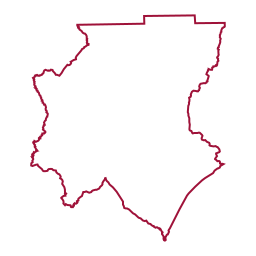 outline of Sissala East, Upper West, Ghana
{"feature_id": "2480657B88326891244380", "entity_name": "Sissala East", "entity_type": "district", "adm_level": 2, "iso_a3": "GHA", "parent_name": "Ghana", "parent_adm1": "Upper West", "projection": "albers", "projection_center": [-1.879, 10.607], "detail": "fine", "context": "isolated", "style": "outline", "palette": "rose", "viewbox_px": 256, "rotation_deg": 0, "n_neighbors": 0, "source": "geoboundaries", "source_scale": "gbopen_adm2", "svg_char_len": 5648}
<svg xmlns="http://www.w3.org/2000/svg" viewBox="0 0 256 256"><path d="M164.9,240.6L165.7,240.0L165.7,239.7L165.5,238.6L165.1,238.4L165.3,238.0L165.3,237.5L164.9,237.3L165.0,237.1L165.9,236.7L166.5,235.3L167.2,234.5L167.8,234.4L169.0,231.8L168.5,230.6L168.9,229.8L169.9,228.3L179.5,209.3L187.0,195.6L188.7,193.4L195.2,186.7L202.1,180.3L205.2,178.0L213.1,173.1L214.6,170.6L217.6,168.4L218.2,168.4L219.8,167.5L220.2,166.1L223.5,164.1L222.6,163.8L220.3,163.8L220.0,163.5L219.9,161.8L219.5,161.2L219.0,161.0L217.4,161.2L216.1,159.8L215.1,159.2L215.1,158.7L217.0,156.1L216.1,154.1L216.1,153.4L219.3,152.1L219.8,151.4L219.3,149.3L217.6,147.1L216.5,146.8L215.7,146.1L213.6,146.4L210.2,145.8L209.5,145.3L209.7,144.0L209.2,142.8L206.9,141.8L205.3,140.1L203.8,140.3L201.9,139.6L201.6,138.2L202.5,135.8L202.0,134.9L199.8,132.8L198.9,132.6L197.5,133.0L194.1,133.0L192.8,133.4L192.2,132.9L191.4,131.0L190.2,130.6L189.7,130.2L189.4,129.2L189.8,124.6L189.3,122.1L189.3,118.2L188.4,115.6L188.4,113.8L187.8,112.2L188.3,105.8L188.9,104.5L189.1,103.1L188.9,102.4L189.3,101.6L189.5,99.8L189.1,97.7L190.7,96.7L191.0,95.5L190.8,94.4L191.9,91.8L193.4,90.7L196.0,91.0L197.1,91.4L198.1,91.3L198.4,90.5L199.1,90.2L199.4,88.8L199.9,87.9L199.2,86.7L199.5,85.3L200.5,83.8L204.0,83.1L205.2,83.3L206.6,82.5L206.7,81.5L207.5,81.3L207.4,80.5L208.7,76.3L208.6,75.8L206.4,74.2L207.0,72.5L208.1,70.7L207.9,70.2L208.6,69.3L208.6,69.0L210.1,69.7L212.0,69.8L212.3,68.8L212.2,67.6L213.5,66.9L213.4,66.4L215.1,66.2L215.9,65.8L215.9,65.1L216.2,64.9L216.7,64.9L216.9,65.3L217.1,65.0L217.5,61.7L218.4,60.8L218.0,59.8L218.1,58.7L217.3,58.1L217.1,57.3L217.9,56.5L218.7,54.8L218.5,54.2L218.3,50.6L218.8,49.7L217.7,48.8L218.0,47.6L218.8,47.1L218.7,46.4L219.9,43.4L220.3,41.9L220.1,40.7L220.7,38.7L219.8,37.3L220.0,35.9L219.8,35.1L220.5,33.9L220.8,32.2L221.4,31.8L221.3,30.4L222.2,28.2L223.1,27.8L223.4,27.3L224.4,27.0L224.8,26.3L224.7,22.9L195.2,23.2L194.7,15.4L144.1,16.0L144.3,23.7L77.3,24.8L77.3,25.7L77.9,26.3L78.0,27.1L78.5,27.1L78.2,27.7L79.1,28.1L78.9,28.6L79.5,29.2L79.6,29.6L81.6,31.0L82.7,32.7L84.1,33.5L84.8,33.5L86.0,34.7L86.7,36.2L86.7,38.0L87.2,38.7L86.8,39.1L87.1,39.9L86.7,40.2L87.2,41.3L86.8,42.3L87.3,43.0L87.1,43.5L88.6,44.0L88.5,44.9L87.2,45.2L85.3,46.7L84.3,47.0L83.8,48.2L81.9,49.2L81.5,50.2L76.6,56.0L75.8,57.5L76.0,59.3L73.7,60.0L70.7,61.8L71.1,62.3L71.1,63.1L70.5,64.2L69.5,65.0L68.3,65.2L67.4,64.8L63.8,69.2L61.6,73.0L59.4,75.7L57.0,74.8L55.8,74.8L54.9,73.2L52.7,70.9L52.7,70.2L52.3,69.9L50.8,69.7L50.2,70.5L49.5,70.7L48.8,70.4L48.1,70.8L45.5,69.8L44.4,70.4L43.9,71.2L43.5,73.0L43.2,73.5L42.6,73.6L41.8,74.8L41.5,74.7L40.5,75.4L39.8,75.3L39.3,75.8L38.6,75.8L37.1,74.9L36.7,75.2L36.1,75.1L35.4,75.4L35.6,75.6L35.3,75.6L34.9,76.7L33.0,77.9L33.8,79.2L34.1,78.8L34.3,79.3L33.8,80.0L34.1,80.6L33.9,80.8L34.2,81.3L34.4,81.0L34.3,81.6L34.6,81.8L34.2,82.7L34.5,83.0L34.6,83.6L34.2,84.2L34.5,85.3L34.8,85.5L35.0,86.2L35.4,86.3L35.3,86.7L35.8,87.2L35.7,87.7L36.3,88.4L35.7,88.4L36.5,89.1L36.3,89.3L36.7,90.6L37.6,90.9L37.6,91.5L37.9,91.5L38.1,92.2L38.8,92.6L39.5,95.1L40.4,95.6L40.5,96.8L41.2,97.4L41.1,98.6L42.0,99.8L41.8,100.6L42.5,100.6L42.6,102.5L43.0,102.4L43.3,102.9L44.1,104.7L44.9,104.5L45.4,105.4L46.0,107.3L45.6,108.8L45.7,109.5L45.9,110.3L46.5,110.6L46.8,111.4L46.4,112.3L47.7,113.5L47.8,114.0L47.3,116.5L47.0,116.5L45.9,118.8L45.8,120.2L44.9,120.9L44.0,122.6L44.7,124.7L44.1,124.7L43.8,125.0L43.4,126.3L43.6,126.4L42.9,127.6L43.4,128.7L43.4,129.2L43.0,129.5L43.2,129.9L45.3,131.5L45.4,132.2L44.8,133.0L44.0,133.1L43.8,133.7L42.3,133.5L42.0,134.8L42.1,135.1L41.7,135.2L41.8,135.5L41.5,135.6L41.1,136.4L40.4,136.8L40.4,137.5L40.0,137.2L39.8,137.8L39.3,137.7L38.9,138.0L38.9,138.5L39.5,139.1L38.3,140.7L35.9,141.8L34.5,141.0L34.3,142.2L33.6,141.8L33.2,142.2L33.2,142.8L34.1,143.6L34.1,144.2L35.0,145.0L34.7,145.6L34.7,146.3L35.3,146.6L34.9,147.2L35.8,148.4L35.9,149.0L36.8,149.8L36.9,150.1L36.6,150.3L37.1,150.7L36.4,150.8L36.6,151.2L34.9,152.1L34.2,153.0L33.7,152.5L33.5,153.1L32.2,154.3L32.1,154.9L33.1,155.1L32.9,155.7L33.3,155.8L32.8,156.8L32.4,156.9L32.7,157.1L32.3,157.6L33.1,158.3L33.2,159.3L32.3,160.8L32.7,162.1L31.3,163.3L31.2,165.5L32.5,166.0L36.0,164.7L37.5,164.5L38.2,166.0L41.9,169.1L42.8,170.6L43.4,171.1L45.0,171.2L47.2,170.9L47.6,170.7L48.0,169.7L48.8,169.1L50.8,168.9L52.0,169.0L53.4,170.2L55.9,170.5L56.4,172.4L58.0,173.8L59.3,174.3L60.3,175.7L60.7,176.7L60.1,178.3L61.5,179.1L62.2,179.9L62.8,181.3L62.2,183.9L64.3,187.1L64.9,189.4L65.0,192.4L66.2,193.7L66.0,193.9L65.3,193.3L64.9,193.6L65.4,195.7L63.6,195.9L61.3,197.7L61.4,198.3L62.3,199.1L63.4,200.9L63.6,202.5L63.4,203.5L65.0,205.2L65.8,204.1L67.3,205.0L70.5,205.3L70.8,205.7L70.9,206.9L71.2,207.1L72.9,207.1L73.2,205.6L73.8,205.9L74.0,205.6L73.9,203.9L74.7,203.2L75.1,203.7L76.1,203.7L77.2,202.9L77.5,202.2L76.9,201.8L76.9,201.1L78.4,200.4L78.2,199.4L78.5,198.6L80.7,196.8L81.9,196.1L83.3,192.0L84.7,192.0L86.2,191.4L89.2,192.7L91.2,192.1L92.1,190.9L93.0,190.4L95.7,189.7L96.6,189.8L99.2,188.5L100.1,186.9L102.0,185.2L102.5,184.2L102.4,183.1L103.3,181.4L105.0,179.1L105.0,178.3L105.6,178.1L106.1,179.8L106.8,181.0L108.4,182.4L109.6,184.5L112.9,187.3L116.7,191.8L123.0,201.6L123.0,204.7L123.6,205.6L124.3,208.0L125.6,208.4L127.2,208.5L129.1,209.5L133.0,213.3L135.1,214.4L138.6,217.7L140.7,218.4L142.9,220.5L144.8,221.1L146.3,220.6L148.3,223.5L150.5,224.0L151.6,225.2L153.1,226.1L153.7,226.0L154.2,227.0L155.7,227.7L156.2,227.3L157.2,227.3L158.5,228.3L159.1,228.2L159.7,229.5L160.1,229.5L160.0,228.9L160.3,228.8L161.8,231.6L162.6,232.3L162.6,232.6L162.0,233.0L162.0,234.1L163.2,235.7L163.5,236.6L163.7,238.0L163.5,238.8L164.0,240.2L164.9,240.6Z" fill="none" stroke="#9f1239" stroke-width="2"/></svg>